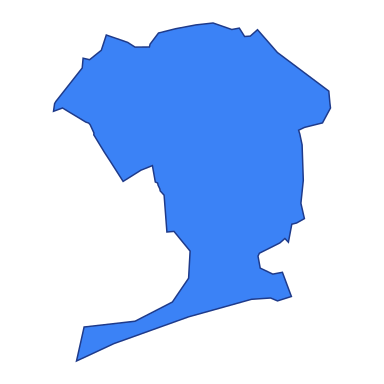 the district of Queens, New York, United States of America
{"feature_id": "52423323B86897144494159", "entity_name": "Queens", "entity_type": "district", "adm_level": 2, "iso_a3": "USA", "parent_name": "United States of America", "parent_adm1": "New York", "projection": "robinson", "projection_center": [-73.836, 40.674], "detail": "fine", "context": "isolated", "style": "filled", "palette": "blue", "viewbox_px": 384, "rotation_deg": 0, "n_neighbors": 0, "source": "geoboundaries", "source_scale": "gbopen_adm2", "svg_char_len": 1040}
<svg xmlns="http://www.w3.org/2000/svg" viewBox="0 0 384 384"><path d="M106.3,35.0L101.3,50.3L97.3,53.5L89.6,59.7L83.1,58.2L82.2,68.0L55.9,101.4L54.6,103.6L53.5,111.3L62.5,108.0L85.8,122.1L88.6,123.0L90.1,124.6L93.9,132.9L93.8,134.9L95.0,136.8L95.4,137.5L104.6,152.6L110.1,161.0L123.1,181.4L140.9,170.2L152.4,165.6L155.3,182.0L157.6,183.0L158.1,185.3L159.8,188.8L160.2,190.9L164.1,195.2L166.9,232.0L174.0,231.4L190.1,251.1L188.6,278.2L172.4,302.0L135.1,321.2L84.1,327.0L83.4,330.2L76.5,361.0L113.9,343.6L188.7,316.8L251.5,299.3L270.6,298.0L277.5,300.9L291.4,296.5L282.4,272.3L272.8,274.1L260.2,268.1L258.0,256.1L259.4,253.2L279.9,242.9L284.9,238.5L288.4,242.2L291.8,224.2L296.6,223.0L304.4,218.6L300.9,203.3L303.3,180.3L302.1,144.9L299.8,134.0L298.6,130.2L304.5,127.4L322.5,122.9L330.5,108.0L329.9,103.1L328.8,91.1L277.4,52.5L257.5,29.7L250.3,36.1L244.6,36.5L239.3,28.1L231.8,29.5L213.1,23.0L195.9,24.9L175.7,28.7L158.5,33.0L150.1,44.1L149.4,47.0L135.0,47.1L127.7,42.4L106.3,35.0Z" fill="#3b82f6" stroke="#1e3a8a" stroke-width="1.5"/></svg>